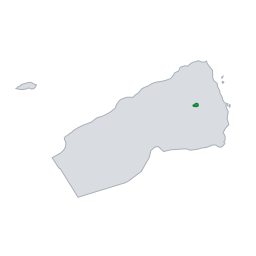 Al Hissn, Sana'a, Yemen (highlighted), rotated 171°
{"feature_id": "15242507B2313194184175", "entity_name": "Al Hissn", "entity_type": "district", "adm_level": 2, "iso_a3": "YEM", "parent_name": "Yemen", "parent_adm1": "Sana'a", "projection": "mercator", "projection_center": [44.477, 15.021], "detail": "fine", "context": "in_parent", "style": "filled", "palette": "green", "viewbox_px": 256, "rotation_deg": 171, "n_neighbors": 0, "source": "geoboundaries", "source_scale": "gbopen_adm2", "svg_char_len": 3207}
<svg xmlns="http://www.w3.org/2000/svg" viewBox="0 0 256 256"><g transform="rotate(171 128 128)"><path d="M207.6,110.5L198.7,113.7L196.4,115.2L194.3,116.9L192.7,119.2L191.6,123.1L192.5,126.6L192.4,128.5L190.1,129.8L188.0,130.7L185.6,132.1L184.2,132.4L183.0,133.5L181.7,134.3L176.8,136.3L171.4,137.9L162.9,139.7L159.6,141.7L156.6,143.1L152.0,143.5L145.8,145.4L142.3,146.9L138.0,149.4L137.0,150.2L136.3,152.0L135.0,153.6L132.4,156.2L130.4,157.5L129.1,157.6L126.6,158.3L123.6,158.5L118.6,157.6L117.3,158.2L116.2,159.2L112.3,161.0L108.4,164.5L105.5,165.5L100.9,166.6L97.6,168.0L95.4,168.6L92.6,168.9L87.4,168.8L82.4,169.3L77.8,170.3L75.7,172.2L73.2,175.2L69.2,176.4L68.3,177.5L67.0,179.7L64.4,180.3L62.1,180.6L59.7,179.7L55.2,182.3L53.4,182.8L50.8,182.9L49.0,183.4L47.7,183.3L46.0,182.2L42.5,181.0L39.9,181.8L39.7,179.3L35.5,171.6L36.4,164.9L36.4,164.0L35.5,161.0L33.0,158.2L33.1,154.8L32.2,152.3L31.5,149.7L31.8,149.1L31.8,148.4L30.5,144.5L30.1,143.7L29.9,142.9L30.3,142.2L30.3,141.5L29.6,140.3L28.9,138.0L25.5,136.2L26.2,134.5L26.8,135.1L27.7,135.6L27.9,134.5L27.9,133.7L26.5,128.5L28.6,121.7L27.9,115.5L31.2,113.0L32.0,112.3L32.5,111.6L33.3,110.2L34.3,109.7L34.7,108.2L34.6,107.5L34.0,106.9L33.5,105.1L33.6,102.9L33.8,102.0L34.2,100.3L35.3,99.7L35.6,99.2L34.7,98.1L34.8,97.5L36.7,95.7L37.5,95.2L38.7,94.6L39.7,94.6L40.8,94.9L41.9,95.4L42.8,96.4L43.9,97.4L45.5,97.8L46.6,97.7L47.4,98.1L48.2,97.9L49.0,97.3L50.4,97.4L51.6,96.8L55.1,96.5L58.4,96.7L61.9,96.2L65.4,96.2L68.9,96.3L69.7,96.3L70.5,96.6L73.5,98.2L75.7,98.5L80.2,99.0L85.1,99.4L89.2,99.8L92.8,99.5L95.7,99.2L96.5,99.2L97.4,100.2L99.2,102.6L100.9,104.9L103.8,105.0L105.7,104.2L107.7,103.0L109.0,102.0L110.5,98.3L111.4,95.9L113.6,93.1L115.4,90.9L117.8,87.9L119.1,86.2L121.7,82.9L124.3,81.6L129.1,79.1L133.8,76.6L136.9,75.1L139.6,74.3L144.0,73.7L149.2,73.0L154.3,72.2L159.9,71.4L166.0,70.6L170.3,70.0L175.6,69.2L180.1,68.6L184.1,68.0L188.2,67.4L189.0,69.3L189.8,71.1L190.5,72.9L191.3,74.8L192.1,76.6L192.8,78.5L193.6,80.3L194.4,82.1L195.2,84.0L195.9,85.8L196.7,87.6L197.5,89.5L198.3,91.3L199.0,93.1L199.8,95.0L200.6,96.8L201.3,98.6L202.6,99.2L203.3,100.9L204.4,103.3L205.4,105.7L206.5,108.1L207.6,110.5ZM219.4,182.9L220.5,183.1L222.1,182.5L226.8,182.4L232.4,184.4L231.4,184.9L230.7,185.7L228.3,186.3L225.8,187.8L218.6,188.6L216.5,188.2L214.8,186.7L211.6,184.8L212.8,183.5L213.1,183.0L213.6,182.4L215.4,181.5L217.2,181.6L219.4,182.9ZM27.7,159.0L27.5,159.3L27.2,159.3L26.1,158.3L27.3,157.2L27.9,158.2L27.7,159.0ZM24.3,134.9L23.7,135.3L23.6,134.6L23.9,133.0L24.5,132.6L24.9,133.7L24.6,134.4L24.3,134.9ZM27.2,163.8L26.0,164.3L26.8,162.9L27.6,162.6L27.8,162.6L27.2,163.8Z" fill="#d9dde1" stroke="#a8b0b8" stroke-width="1"/><path d="M56.4,138.5L56.2,138.6L55.3,139.1L55.3,139.3L55.2,140.1L55.2,140.3L55.3,140.6L55.4,140.8L55.5,140.9L55.6,141.1L55.8,141.2L56.2,141.4L56.4,141.5L56.5,141.5L56.8,141.5L57.0,141.5L57.2,141.4L57.3,141.4L57.8,141.2L58.2,140.9L58.3,140.9L58.4,140.7L58.9,140.5L59.0,140.5L59.8,140.2L60.0,140.2L60.1,139.8L60.0,139.7L59.9,139.5L59.8,139.3L59.6,139.4L58.7,139.0L58.4,138.9L58.2,138.8L57.9,138.7L57.7,138.7L57.4,139.0L57.1,139.1L57.0,138.9L56.7,138.5L56.4,138.5L56.4,138.5Z" fill="#22c55e" stroke="#15803d" stroke-width="1.5"/></g></svg>